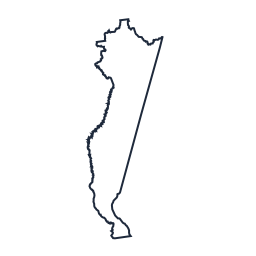 outline of Maués, Amazonas, Brazil, rotated 353°
{"feature_id": "56859067B37694295910395", "entity_name": "Maués", "entity_type": "district", "adm_level": 2, "iso_a3": "BRA", "parent_name": "Brazil", "parent_adm1": "Amazonas", "projection": "robinson", "projection_center": [-58.413, -5.242], "detail": "fine", "context": "isolated", "style": "outline", "palette": "slate", "viewbox_px": 256, "rotation_deg": 353, "n_neighbors": 0, "source": "geoboundaries", "source_scale": "gbopen_adm2", "svg_char_len": 5738}
<svg xmlns="http://www.w3.org/2000/svg" viewBox="0 0 256 256"><g transform="rotate(353 128 128)"><path d="M117.5,235.6L116.4,233.6L116.3,231.9L116.6,229.8L116.1,227.7L114.8,224.9L114.1,224.4L113.1,222.5L112.1,222.1L111.2,221.2L108.8,217.0L108.1,216.6L107.0,216.5L104.6,213.3L102.5,206.8L102.6,202.6L103.2,201.1L104.0,200.2L104.9,198.3L108.4,195.6L109.2,194.1L109.4,192.4L109.8,192.2L111.0,192.1L111.9,191.4L112.3,190.8L142.9,115.7L169.4,52.1L173.3,42.0L172.9,41.8L172.6,41.9L171.7,42.8L171.0,43.1L170.6,43.1L169.9,42.8L169.1,43.8L168.4,44.1L166.5,43.6L165.4,44.0L164.2,43.7L163.9,44.1L164.2,45.1L164.1,45.6L163.4,45.9L162.8,47.1L161.2,47.0L160.8,47.1L160.4,47.9L159.2,47.6L158.9,47.3L158.3,47.7L157.7,46.6L157.9,45.2L157.3,44.3L156.1,44.5L155.8,43.7L154.6,43.3L154.0,42.4L153.9,41.6L153.2,41.1L153.0,40.0L152.7,39.5L149.7,38.8L148.4,36.8L147.4,35.9L146.9,34.6L146.7,33.0L146.4,32.2L146.1,29.8L145.5,29.5L144.6,29.4L143.8,29.7L143.2,30.6L142.8,30.6L142.2,29.4L141.3,28.9L141.0,28.5L141.3,27.5L141.1,26.4L140.6,25.9L140.6,24.1L140.8,22.4L141.0,21.9L141.4,22.1L141.9,21.9L141.6,21.4L141.6,20.1L133.4,20.1L133.5,21.8L133.0,23.0L132.8,24.7L132.1,25.8L131.7,27.5L131.3,27.8L131.0,27.5L130.4,27.7L129.7,28.2L128.7,27.8L128.3,28.1L128.1,28.7L127.6,29.2L126.9,30.6L126.4,30.9L122.9,30.7L122.3,31.1L121.4,30.6L121.0,28.9L120.6,29.4L120.2,29.4L120.1,29.9L120.2,30.4L119.8,30.5L119.3,31.1L118.9,31.1L118.6,30.8L117.4,30.9L116.6,31.3L116.2,32.1L116.4,34.5L116.1,35.7L116.3,36.1L115.9,36.8L116.0,38.7L107.5,38.8L107.5,39.3L107.7,39.6L107.1,40.5L106.8,41.6L107.2,42.4L107.8,43.1L108.1,42.8L110.8,43.8L111.3,43.3L111.8,44.0L113.3,44.5L114.0,44.5L113.8,45.3L113.9,46.5L115.1,47.4L115.2,48.2L114.6,48.9L112.7,48.4L110.9,48.7L110.3,51.4L110.7,52.4L110.4,52.6L110.5,52.8L111.0,53.1L111.3,54.8L111.0,55.5L110.5,55.5L110.0,55.8L109.9,56.2L109.7,56.3L109.9,56.5L109.7,57.0L109.5,57.6L108.9,57.9L108.7,58.5L106.3,59.1L105.8,59.1L105.3,60.0L104.3,59.9L103.2,60.6L103.4,61.2L103.3,61.5L103.6,62.3L104.6,62.6L104.6,63.9L105.4,63.6L105.1,64.2L105.6,64.4L105.8,64.2L106.5,65.3L106.8,64.9L107.3,66.3L108.1,66.9L108.1,67.3L108.6,67.4L108.5,68.0L109.1,68.3L109.2,69.2L109.6,69.4L110.3,70.4L110.0,71.2L109.7,71.3L109.7,71.7L110.5,72.4L111.6,72.8L111.6,73.4L111.9,73.4L112.1,74.4L112.5,74.7L112.8,76.0L113.5,76.4L113.9,76.1L114.3,76.3L114.9,75.5L115.2,75.8L115.9,75.6L116.9,76.1L117.2,76.7L118.9,83.6L118.2,85.4L118.7,85.9L118.5,86.4L117.4,86.6L117.3,87.1L115.9,87.7L116.0,88.6L116.4,89.0L116.0,90.0L115.2,89.4L114.8,89.8L115.1,90.5L114.5,90.9L115.1,92.4L114.9,92.7L114.3,92.2L113.6,92.8L113.7,94.0L114.3,94.6L114.2,95.0L113.7,95.3L112.6,95.0L112.3,95.3L112.3,95.9L112.9,97.0L112.5,97.2L112.0,98.0L112.2,98.8L111.9,98.9L112.1,99.2L112.1,100.6L111.3,100.9L111.7,101.0L111.6,101.4L112.0,101.2L112.0,101.4L111.8,102.1L111.1,102.0L110.6,102.8L110.8,104.0L110.3,106.4L110.0,106.7L110.0,106.0L109.7,105.8L109.3,106.3L109.5,107.4L109.0,107.9L108.4,107.8L108.2,108.2L107.8,108.0L107.7,108.2L108.8,110.1L108.4,110.5L108.1,110.3L108.0,109.9L107.8,110.0L107.9,111.2L106.4,111.6L107.3,113.2L106.1,113.8L106.0,115.0L105.5,115.2L105.8,116.3L104.9,117.0L104.8,118.1L104.3,117.5L103.9,117.6L104.5,119.2L103.7,119.4L103.2,119.1L102.8,119.6L103.0,120.2L102.1,119.9L101.9,120.1L101.7,120.7L102.2,120.7L102.7,121.1L102.1,121.5L101.3,121.0L100.9,121.6L101.2,122.5L100.4,122.1L100.1,122.2L99.8,122.9L99.5,122.1L98.1,122.4L98.0,122.7L98.7,123.1L98.7,123.6L98.0,123.8L97.9,124.6L97.3,124.6L96.8,125.2L95.5,124.9L95.3,125.1L95.3,125.6L95.6,125.5L96.1,126.3L96.1,126.9L94.8,126.0L94.6,126.1L94.8,126.8L94.7,127.4L93.2,126.9L92.9,127.9L92.4,127.8L92.6,128.8L92.0,129.3L91.3,129.2L91.9,130.0L91.0,130.5L90.7,130.9L91.0,131.4L91.8,131.3L91.7,131.8L91.4,131.8L91.0,132.4L90.9,133.0L90.4,132.5L89.7,132.9L89.8,132.6L89.4,132.4L89.1,132.6L89.0,133.1L88.3,133.1L88.2,133.5L87.8,132.7L87.6,133.1L87.9,133.3L87.6,133.7L87.7,134.4L87.3,134.5L88.0,134.8L87.8,135.3L87.6,135.4L87.7,136.1L87.1,136.1L87.4,136.7L87.8,136.6L87.9,136.8L87.7,137.4L87.1,137.3L87.2,138.0L86.6,137.8L86.8,138.2L86.4,138.9L86.8,139.7L86.4,140.2L86.6,140.4L86.3,140.9L86.6,141.5L85.9,141.6L85.6,142.0L85.7,143.1L85.9,143.4L85.7,143.6L85.8,144.0L86.6,144.5L86.5,144.9L86.9,145.2L86.9,145.8L87.1,145.8L87.0,146.3L86.6,148.3L86.7,149.1L86.3,149.4L86.6,149.7L86.0,149.9L86.3,150.3L86.7,150.2L86.7,150.6L86.4,150.8L86.8,151.2L86.5,151.7L86.6,151.9L86.8,151.7L86.7,152.2L87.1,152.3L87.6,153.5L87.2,153.6L87.0,154.9L87.4,156.1L86.7,156.4L86.7,156.7L87.0,156.9L86.7,157.5L87.5,158.8L87.2,159.3L86.9,159.0L86.7,159.3L87.0,160.0L86.8,159.9L86.8,161.4L86.6,161.7L87.3,161.8L87.2,161.4L87.4,161.4L87.7,162.0L87.2,162.4L87.5,162.8L87.0,163.3L87.3,163.5L87.0,163.7L87.0,164.9L86.8,165.1L87.2,165.7L86.7,165.7L86.8,166.1L86.5,166.3L86.7,167.5L87.1,167.9L87.5,167.8L87.4,168.4L88.0,169.5L87.4,170.3L87.9,170.6L88.0,171.0L87.3,172.4L87.4,172.7L86.8,173.3L87.0,173.4L86.6,173.8L86.7,174.0L86.3,174.9L86.5,175.2L86.2,175.6L86.3,175.9L86.0,176.4L86.2,177.0L85.9,177.6L84.7,178.2L83.6,179.6L83.3,179.5L82.7,181.1L83.3,183.3L84.5,184.9L85.0,184.9L85.4,185.9L85.7,186.0L85.6,186.3L86.0,187.0L85.9,187.4L86.4,188.5L86.5,189.3L86.5,190.9L85.9,192.8L85.3,193.8L84.9,196.7L84.7,197.0L85.2,199.0L85.0,201.4L85.4,202.9L86.4,204.1L86.6,204.9L88.4,206.6L88.8,209.4L89.6,210.7L90.3,210.7L90.6,212.2L91.1,212.8L92.7,214.0L93.4,214.1L93.7,214.4L94.8,216.1L94.8,216.9L95.6,218.4L96.4,218.3L97.0,219.9L97.9,219.8L97.9,220.3L98.3,220.6L98.6,219.7L98.9,219.6L99.7,219.8L100.2,220.7L100.6,220.8L101.3,220.5L101.8,220.7L102.0,221.5L101.3,223.9L100.5,224.7L100.0,226.0L99.9,226.5L100.4,227.2L100.3,227.5L98.8,228.2L100.2,229.7L100.3,230.2L99.7,231.3L98.3,232.7L98.8,233.9L99.5,234.7L99.8,235.5L101.6,235.9L117.5,235.6Z" fill="none" stroke="#1e293b" stroke-width="2"/></g></svg>